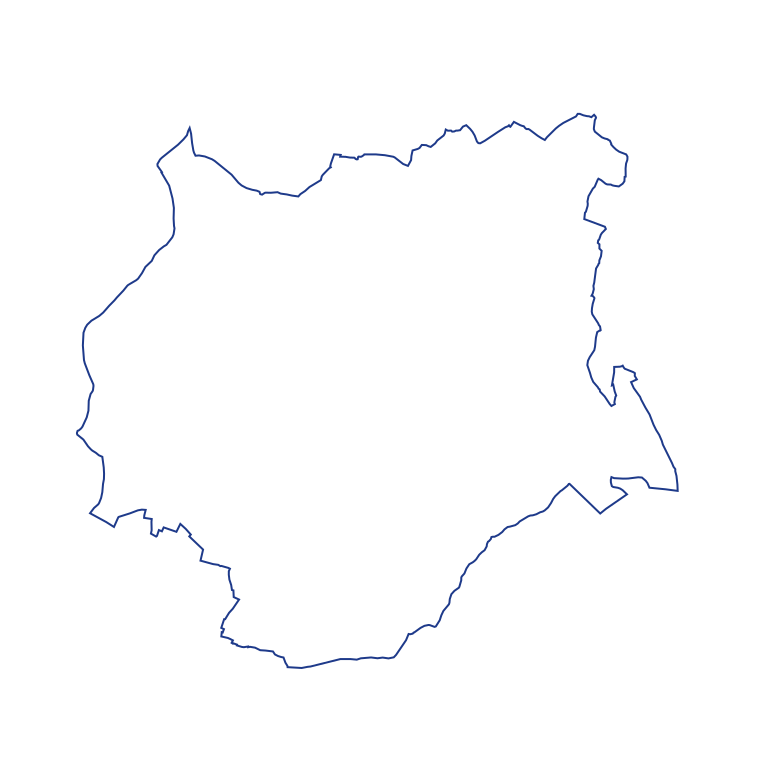 Urmenis, Bistrita-Nasaud, Romania (Albers equal-area conic projection), rotated 97°
{"feature_id": "2599482B85850276190943", "entity_name": "Urmenis", "entity_type": "district", "adm_level": 2, "iso_a3": "ROU", "parent_name": "Romania", "parent_adm1": "Bistrita-Nasaud", "projection": "albers", "projection_center": [24.357, 46.791], "detail": "fine", "context": "isolated", "style": "outline", "palette": "blue", "viewbox_px": 768, "rotation_deg": 97, "n_neighbors": 0, "source": "geoboundaries", "source_scale": "gbopen_adm2", "svg_char_len": 6133}
<svg xmlns="http://www.w3.org/2000/svg" viewBox="0 0 768 768"><g transform="rotate(97 384 384)"><path d="M548.1,660.0L554.9,642.8L558.8,634.6L548.7,631.5L548.2,631.0L543.4,620.5L539.4,612.9L538.2,609.0L538.0,605.2L543.5,605.9L546.1,605.8L546.3,598.1L549.2,598.0L557.5,596.8L560.9,597.1L563.2,591.6L562.4,590.8L556.4,589.6L557.3,586.5L553.2,585.2L556.0,572.0L547.7,569.1L552.0,563.1L557.0,557.4L559.0,558.7L570.4,543.4L581.7,544.6L583.6,531.6L583.7,526.4L584.7,524.3L584.4,523.2L585.5,516.1L586.1,514.4L588.7,515.2L592.2,514.8L597.0,513.6L602.1,511.2L607.0,509.8L607.2,508.3L613.8,507.2L615.6,501.6L625.5,506.7L630.0,509.9L636.8,513.0L636.9,514.0L645.9,515.8L646.8,513.0L650.3,513.8L650.1,514.8L654.4,514.7L655.1,508.0L655.8,505.7L656.9,502.7L659.5,503.7L660.1,502.4L659.7,502.2L660.6,498.1L661.4,498.2L662.3,493.0L662.3,491.0L661.1,486.9L661.8,486.8L661.2,484.9L661.4,479.9L663.3,474.4L663.0,469.2L663.0,461.6L665.7,459.3L666.9,456.1L667.5,452.9L667.7,450.4L672.6,447.9L675.6,445.5L676.8,445.2L675.9,431.1L674.0,425.2L673.4,422.6L662.3,393.7L661.1,383.6L660.9,377.4L659.1,373.6L657.0,363.5L657.0,357.0L655.7,352.0L655.8,346.1L654.1,341.0L651.4,339.0L635.6,330.9L629.1,329.1L629.2,327.6L628.3,325.1L627.1,324.3L627.0,323.8L621.6,318.0L619.1,314.4L617.8,310.6L617.7,309.3L618.9,304.2L618.3,303.0L611.7,299.9L606.6,298.9L602.0,297.4L594.7,292.7L593.1,292.4L589.4,292.5L584.4,291.5L580.7,288.9L577.1,284.9L576.2,284.5L569.4,283.4L566.7,283.7L565.6,283.4L562.3,281.1L557.1,279.7L552.5,277.4L550.1,274.1L548.5,272.5L546.7,271.1L541.9,268.7L539.2,266.5L536.7,263.9L532.7,262.3L530.4,262.3L527.9,261.6L527.1,260.6L524.9,259.1L522.8,258.7L522.3,257.3L522.1,255.6L519.8,252.0L516.5,248.6L513.6,246.7L510.9,243.9L510.2,241.6L508.1,236.5L506.1,234.2L503.9,232.6L497.8,224.8L496.7,222.7L496.2,220.3L494.7,216.9L492.3,213.4L491.2,210.8L489.9,209.1L486.5,206.1L481.8,203.7L477.5,202.1L474.5,200.4L468.7,195.7L468.0,194.7L462.6,189.5L460.7,188.4L460.5,187.7L486.2,153.6L480.8,148.4L463.9,129.4L460.3,134.2L459.0,136.9L458.5,139.2L458.3,143.9L457.6,145.4L454.1,146.8L451.5,147.2L448.7,146.9L449.4,144.1L448.8,135.2L448.1,130.3L445.6,120.3L445.4,116.6L448.2,112.4L450.3,110.4L454.6,107.9L454.2,91.8L454.3,79.5L448.1,80.5L439.6,82.5L435.0,84.3L433.0,84.5L430.8,86.6L427.4,88.5L410.2,99.8L406.5,101.4L400.9,104.7L396.6,108.2L391.6,111.5L381.9,116.7L375.5,121.7L368.2,126.8L365.5,128.3L357.6,135.6L352.0,139.0L348.6,133.6L345.4,136.1L342.7,136.3L341.9,137.8L339.5,146.9L338.5,148.0L336.7,149.3L337.5,150.4L338.1,152.1L339.0,157.6L344.4,157.0L357.5,157.6L356.7,156.4L363.3,154.1L367.2,152.1L368.4,152.7L373.3,153.1L374.3,153.1L375.8,152.4L378.1,155.6L376.4,157.5L369.4,163.5L365.2,168.6L363.1,169.3L362.5,170.4L361.2,171.3L356.4,176.6L352.2,179.1L347.9,180.9L340.5,184.5L336.1,184.4L332.3,183.1L324.8,179.4L321.3,179.1L312.2,179.3L306.5,178.7L304.7,176.5L304.7,176.0L304.2,175.5L300.5,176.6L299.2,178.0L297.7,178.8L289.5,185.7L286.9,186.6L283.4,186.8L279.0,186.6L273.3,185.6L272.7,185.8L271.2,187.5L271.1,188.8L268.9,187.9L264.3,187.3L261.1,188.1L257.7,187.7L243.5,187.6L239.7,185.9L238.6,185.7L237.9,185.1L235.0,185.3L230.8,184.2L225.3,184.2L223.3,186.7L219.1,187.2L217.9,189.0L215.3,188.9L214.5,188.1L209.4,187.0L207.6,186.1L203.1,182.7L201.0,183.9L195.9,205.3L189.5,205.4L188.4,204.6L182.4,203.6L180.3,203.7L178.1,204.3L172.7,203.9L164.6,200.5L162.6,198.9L155.3,196.8L154.1,196.2L155.2,193.3L158.2,188.5L158.7,186.8L158.4,183.1L159.0,181.5L159.2,179.7L159.3,175.0L156.1,171.5L153.5,170.1L149.1,170.4L148.7,169.4L140.5,170.5L135.7,170.6L132.0,169.8L130.1,169.9L128.6,170.1L126.6,171.6L124.8,178.8L123.1,182.1L120.9,185.1L118.6,187.7L117.8,187.7L114.9,189.5L114.2,191.5L113.8,191.8L113.4,195.0L112.6,197.8L107.8,205.5L105.4,206.8L103.5,206.9L96.5,206.9L93.9,206.0L92.7,206.6L91.2,208.3L93.9,210.7L93.3,213.1L93.4,215.1L93.0,218.9L92.0,222.6L92.3,224.7L95.0,226.0L103.0,237.8L106.4,241.7L109.4,244.6L119.3,252.4L122.2,254.1L120.9,257.5L118.9,261.7L113.8,270.5L113.3,271.8L113.6,273.2L113.5,273.9L112.8,275.0L111.1,276.7L111.0,278.1L110.5,280.3L108.0,287.0L113.3,289.9L113.0,290.7L112.0,291.5L113.1,292.4L114.4,294.9L119.9,301.6L130.3,313.6L133.4,317.9L133.4,319.7L132.0,321.3L126.3,324.3L122.9,326.9L120.3,329.6L117.1,333.9L118.9,337.0L122.8,339.4L123.5,341.8L123.7,343.4L124.8,345.1L125.2,347.1L124.3,348.3L124.8,351.5L123.9,353.7L128.0,354.2L130.1,355.1L135.8,360.8L138.9,362.5L143.0,366.5L142.6,368.8L141.8,371.2L142.1,375.6L145.4,377.5L146.6,379.2L148.7,384.1L154.4,384.6L158.5,384.4L164.6,386.8L163.3,391.8L157.8,401.0L157.3,402.5L156.8,411.0L157.1,420.0L158.5,431.5L159.3,432.0L160.8,433.7L161.3,434.6L161.4,437.0L162.0,437.4L164.1,437.5L164.4,438.3L164.1,439.6L163.0,440.9L163.4,445.5L163.2,449.9L163.7,455.2L161.9,454.9L162.1,461.5L171.7,463.6L174.6,463.9L175.4,463.2L176.4,464.6L183.8,470.2L185.5,471.1L189.3,471.5L197.6,482.0L202.0,485.8L205.7,490.1L208.3,491.9L208.2,498.2L207.7,503.6L207.6,509.8L206.6,513.0L208.0,519.7L208.5,524.8L208.8,525.6L210.9,528.1L210.6,530.0L208.4,531.0L207.6,533.9L207.3,538.4L206.3,544.3L204.3,549.5L202.0,553.0L194.8,560.8L183.2,579.3L181.9,582.1L180.0,589.5L179.7,595.5L180.4,598.9L177.5,600.8L175.4,601.7L168.4,603.8L159.0,606.0L153.6,608.1L156.8,609.2L161.1,609.9L165.7,612.9L171.6,617.6L186.5,632.1L188.4,633.6L193.3,635.7L195.2,635.3L200.8,630.2L201.2,630.7L213.3,621.4L225.7,616.5L234.9,614.0L245.4,613.0L252.6,611.7L255.1,610.9L261.1,611.1L264.2,612.0L272.4,616.9L274.2,619.3L278.4,623.5L282.4,626.3L284.3,627.6L290.1,629.5L296.9,635.1L303.4,637.7L309.4,640.9L311.2,642.6L316.7,649.8L317.8,650.8L323.1,654.1L330.7,659.7L333.8,661.7L339.8,666.3L347.3,671.4L351.1,674.9L356.8,682.1L361.3,685.8L364.6,687.3L369.7,688.5L382.4,687.6L396.8,684.7L399.9,683.5L411.1,677.6L419.7,672.5L421.3,672.1L425.4,672.1L426.7,672.4L429.7,674.0L436.6,675.0L446.5,674.1L453.4,675.0L463.1,678.1L465.0,679.2L467.2,681.2L467.8,682.4L469.7,682.8L470.7,682.7L471.7,682.2L475.8,675.6L481.9,670.2L484.5,667.1L485.6,665.5L487.4,661.6L489.5,658.3L490.6,654.7L501.0,652.0L507.2,650.9L512.6,650.4L517.4,650.7L525.7,650.4L531.6,650.9L536.9,652.3L538.3,653.0L542.4,656.7L548.1,660.0Z" fill="none" stroke="#1e3a8a" stroke-width="2"/></g></svg>